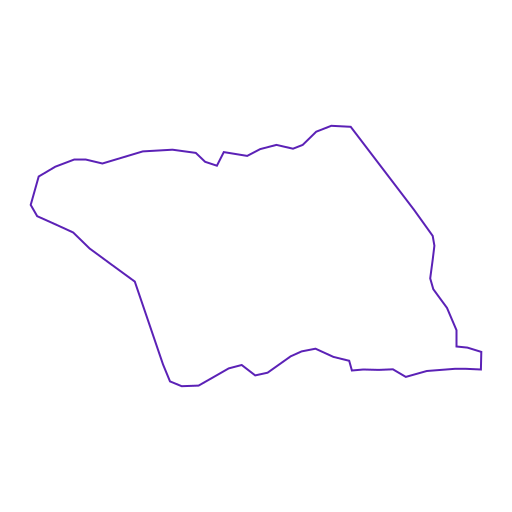 the district of Vertente do Lério, Pernambuco, Brazil
{"feature_id": "56859067B33631559697819", "entity_name": "Vertente do Lério", "entity_type": "district", "adm_level": 2, "iso_a3": "BRA", "parent_name": "Brazil", "parent_adm1": "Pernambuco", "projection": "mercator", "projection_center": [-35.812, -7.778], "detail": "fine", "context": "isolated", "style": "outline", "palette": "violet", "viewbox_px": 512, "rotation_deg": 0, "n_neighbors": 0, "source": "geoboundaries", "source_scale": "gbopen_adm2", "svg_char_len": 873}
<svg xmlns="http://www.w3.org/2000/svg" viewBox="0 0 512 512"><path d="M37.2,216.2L56.6,224.9L73.2,232.5L89.6,248.5L110.0,263.5L134.8,281.6L163.0,364.4L170.0,381.4L181.7,386.2L198.6,385.6L215.8,375.8L228.7,368.4L241.7,365.0L255.2,375.4L267.6,372.7L290.7,356.3L301.6,351.4L315.5,348.7L333.4,356.9L349.2,360.8L351.9,370.5L363.3,369.5L378.8,369.9L392.9,369.3L405.8,376.9L426.8,371.0L455.0,368.8L465.7,368.8L480.9,369.5L481.3,351.9L467.4,347.6L456.5,346.5L456.5,330.2L451.8,319.2L447.0,307.9L440.9,299.6L433.3,289.2L430.2,278.4L432.7,259.7L434.4,245.7L432.7,235.9L414.0,209.8L350.7,126.8L331.3,125.8L316.2,131.7L302.7,144.9L293.0,148.7L276.4,144.9L260.2,149.1L247.2,155.9L223.8,152.1L216.9,165.7L205.1,161.8L195.8,152.9L172.5,149.7L142.8,151.4L102.4,163.5L85.6,159.5L74.3,159.5L55.3,166.7L38.7,176.5L30.7,204.9L37.2,216.2Z" fill="none" stroke="#5b21b6" stroke-width="2"/></svg>